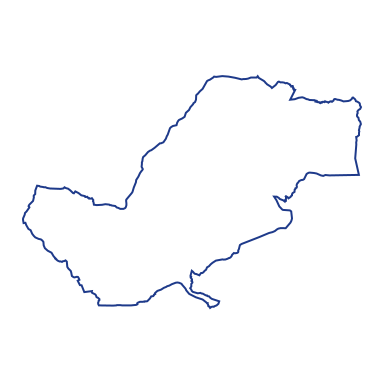 Homorod, Brasov, Romania (Natural Earth projection)
{"feature_id": "2599482B44923820513317", "entity_name": "Homorod", "entity_type": "district", "adm_level": 2, "iso_a3": "ROU", "parent_name": "Romania", "parent_adm1": "Brasov", "projection": "natural_earth1", "projection_center": [25.353, 46.075], "detail": "fine", "context": "isolated", "style": "outline", "palette": "blue", "viewbox_px": 384, "rotation_deg": 0, "n_neighbors": 0, "source": "geoboundaries", "source_scale": "gbopen_adm2", "svg_char_len": 5951}
<svg xmlns="http://www.w3.org/2000/svg" viewBox="0 0 384 384"><path d="M219.2,301.3L211.9,298.9L210.3,297.8L209.1,296.4L207.4,296.1L207.1,295.5L205.7,295.3L202.7,293.6L201.5,293.5L200.5,292.9L197.8,293.3L192.9,291.9L191.8,290.9L191.1,289.3L190.2,288.2L191.3,286.5L191.3,283.9L192.4,282.6L192.4,282.3L192.2,281.5L191.6,281.1L191.8,280.8L191.6,280.4L192.0,280.1L192.0,279.4L191.8,279.0L190.8,277.8L191.0,277.3L190.7,277.0L191.1,276.6L190.5,275.8L191.8,270.8L193.0,271.8L194.4,273.5L195.2,273.9L196.2,274.0L199.4,275.3L200.4,273.8L201.1,273.0L202.2,273.0L203.3,272.4L204.8,270.6L205.6,270.2L206.2,269.4L207.0,267.4L209.0,266.2L210.7,264.3L212.5,262.8L215.9,260.6L222.5,259.4L223.6,259.6L225.4,259.5L227.7,258.7L228.7,258.1L229.5,258.0L230.6,257.3L231.6,256.1L232.1,254.8L233.9,253.0L234.9,253.3L236.9,253.0L237.9,252.5L238.3,251.8L238.2,250.5L238.9,249.1L239.9,245.1L241.5,244.0L259.2,237.1L269.0,233.0L272.5,232.1L274.8,231.1L277.1,229.3L278.4,228.6L280.7,228.1L285.7,228.2L290.4,222.7L291.2,221.2L291.7,219.7L292.0,218.4L291.2,211.4L289.9,210.4L282.9,209.9L282.2,209.5L279.3,206.4L276.5,200.3L274.1,196.6L276.8,196.7L278.8,197.9L279.8,199.0L283.2,200.3L284.7,201.5L284.8,201.0L285.4,201.0L285.3,200.3L285.9,200.4L285.9,198.6L286.5,197.7L286.0,197.5L286.0,197.0L285.3,195.8L288.0,197.5L288.5,198.3L290.5,197.0L290.9,196.3L292.0,195.4L292.0,194.3L292.6,193.1L294.5,191.9L294.7,189.6L295.3,189.1L295.4,188.3L296.5,187.8L296.9,186.9L296.6,185.3L296.9,184.2L297.5,183.1L298.2,182.6L298.9,181.3L299.4,180.9L301.4,180.0L302.8,179.9L304.1,179.1L306.6,174.0L307.6,173.3L308.9,172.7L309.8,172.6L314.0,173.0L316.6,173.5L320.9,175.4L323.2,175.9L325.4,175.0L329.3,175.4L358.9,174.9L355.2,158.4L356.3,144.6L356.2,142.4L356.6,140.4L356.2,137.0L356.8,136.9L359.0,135.2L359.0,132.7L359.3,131.3L358.9,130.3L359.6,127.6L359.6,126.7L360.9,124.1L360.2,121.6L358.9,120.1L358.4,117.7L357.4,116.8L357.0,116.0L357.1,114.3L357.7,113.1L357.4,111.4L358.5,110.0L360.2,108.9L361.0,107.1L360.0,105.4L359.8,103.7L359.4,103.0L357.4,101.7L355.9,101.2L355.4,99.8L354.9,99.1L353.0,97.5L352.4,97.7L351.8,98.9L350.1,100.4L348.2,101.0L343.5,101.4L341.3,100.5L338.8,99.8L337.8,99.8L335.1,99.0L334.5,99.1L333.9,99.5L333.5,100.6L332.0,101.8L331.6,101.7L331.4,101.3L330.8,101.3L329.8,101.6L329.5,102.0L328.8,102.1L328.5,102.5L328.2,102.2L327.6,102.3L326.8,101.8L325.5,101.8L325.0,101.3L324.3,102.1L323.5,101.8L322.8,101.8L322.3,102.4L322.1,102.3L322.1,102.0L321.6,102.1L321.2,102.8L320.3,103.2L319.8,102.9L320.0,102.5L319.9,102.3L318.0,102.1L317.7,101.8L317.2,102.1L316.6,101.8L316.6,101.2L315.6,101.5L315.6,100.9L315.3,101.0L315.2,100.8L314.5,100.5L314.5,100.2L309.6,100.0L307.9,99.3L306.5,99.1L303.7,97.7L302.2,97.3L298.6,97.8L294.8,99.2L290.2,99.7L295.1,90.0L294.0,89.9L294.1,89.1L293.1,88.7L293.4,87.8L292.8,87.2L292.9,86.2L292.7,86.0L292.4,86.0L292.0,86.6L291.2,86.6L291.0,85.9L290.1,85.2L290.1,84.6L286.9,83.0L285.5,83.3L284.1,82.6L282.0,82.3L280.6,82.4L278.9,81.6L277.9,82.0L275.7,85.0L271.9,88.0L270.7,86.6L266.9,84.2L266.4,83.5L265.6,82.9L264.8,81.8L263.8,80.9L258.9,78.0L257.7,76.2L256.7,77.5L251.0,77.5L248.1,78.6L245.9,79.0L243.1,79.1L241.7,79.4L235.1,77.8L228.5,76.6L222.3,76.1L216.1,76.9L214.1,76.6L213.2,77.5L209.9,79.7L208.1,80.4L207.0,81.1L202.6,88.9L199.9,91.3L197.8,93.8L197.0,94.4L196.2,95.3L196.0,99.6L195.1,102.0L193.4,103.3L193.1,104.2L190.4,107.2L189.0,110.0L185.9,112.8L184.6,116.8L182.3,118.4L179.1,119.9L178.3,120.7L177.2,122.6L176.5,125.2L172.9,126.0L171.1,127.1L170.0,128.2L167.7,134.7L166.8,136.2L165.9,138.7L163.4,142.3L161.0,143.3L159.9,143.3L154.5,147.9L151.3,150.2L149.9,150.7L147.9,152.1L145.3,155.2L143.2,157.0L142.7,158.5L142.3,161.5L141.9,162.2L141.9,164.0L141.6,166.8L142.8,169.1L142.2,170.3L141.5,171.0L140.0,173.1L138.4,176.6L136.2,180.0L135.9,182.3L133.8,187.5L132.5,191.9L131.8,193.0L126.3,199.6L126.1,200.8L126.4,203.2L126.4,205.2L125.9,206.9L125.4,207.8L124.9,208.2L123.4,208.9L120.3,208.9L118.3,207.9L116.8,207.5L115.2,206.0L111.7,205.5L111.0,205.1L109.9,205.1L109.5,204.7L108.4,204.5L105.3,204.2L102.0,204.8L96.6,205.1L93.9,204.7L93.5,202.1L93.0,201.3L93.3,200.1L91.9,198.2L91.1,198.6L89.1,198.6L88.9,197.9L87.7,197.7L87.3,196.8L85.3,197.0L84.9,196.1L81.3,195.3L78.6,193.1L75.3,191.4L73.9,193.3L73.1,193.1L70.3,190.4L68.1,188.7L65.9,188.1L64.5,187.3L63.5,188.4L60.7,188.9L50.1,188.5L47.2,188.0L45.3,187.2L44.0,187.3L43.1,187.0L40.2,186.6L39.2,186.0L37.1,185.7L35.3,190.5L35.2,194.1L33.8,195.5L33.7,196.5L33.9,197.1L33.2,200.4L33.0,201.0L29.5,204.5L28.8,205.5L28.6,206.3L29.2,206.9L29.4,207.4L26.5,211.5L25.0,213.0L24.7,214.7L23.1,218.4L23.0,219.7L23.6,223.1L25.4,222.8L26.3,225.2L28.0,228.2L28.5,229.0L30.6,230.2L32.2,233.8L33.8,235.9L35.3,237.4L38.6,238.9L40.9,239.4L42.3,240.5L43.4,241.9L43.7,245.4L44.9,248.2L47.7,250.7L51.5,252.7L53.7,256.4L55.4,258.2L55.0,258.2L55.1,258.5L57.6,260.6L59.6,261.5L60.6,261.4L62.0,261.9L63.0,261.2L64.2,261.1L65.5,260.4L66.8,261.6L67.3,266.9L68.3,268.5L70.7,270.9L71.2,272.4L71.9,276.0L73.6,277.2L74.5,277.4L76.9,276.8L78.0,277.0L78.7,278.1L79.4,279.8L77.7,280.7L79.9,285.1L81.6,285.3L84.3,292.1L91.9,291.1L91.7,292.0L92.1,292.8L95.2,294.4L95.8,295.1L96.6,297.2L98.0,297.8L99.4,299.1L99.4,300.1L98.7,300.6L98.6,301.5L98.1,302.8L98.2,304.0L98.9,305.4L113.1,305.6L116.3,305.4L117.0,305.1L119.9,305.1L122.2,305.4L131.1,305.4L136.1,304.9L137.4,304.3L137.2,303.3L138.2,302.5L140.0,301.8L143.1,301.8L144.3,301.4L144.6,301.7L145.6,301.3L147.0,301.3L147.4,301.1L149.9,298.5L151.2,296.4L153.2,296.1L153.9,295.3L153.9,294.8L155.2,294.0L154.9,293.3L155.2,292.9L157.4,290.9L161.1,289.6L163.9,287.8L166.2,286.9L167.2,286.2L169.3,285.6L171.8,284.2L175.8,282.7L177.4,282.5L179.2,282.8L181.5,283.8L182.1,284.7L185.2,288.3L185.9,289.4L186.2,290.3L189.2,293.9L195.9,297.3L202.6,299.5L206.3,302.4L206.8,303.0L207.5,303.1L207.3,303.6L208.0,304.3L208.3,306.1L208.6,306.4L209.4,306.5L210.1,307.9L211.4,306.9L212.9,306.6L213.8,306.8L214.3,306.3L216.6,305.4L218.4,303.8L219.2,301.3Z" fill="none" stroke="#1e3a8a" stroke-width="2"/></svg>